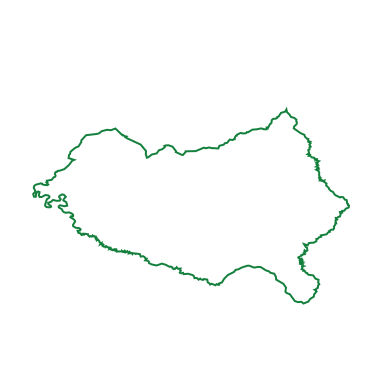 outline of Santander De Quilichao, Cauca, Colombia, rotated 278°
{"feature_id": "7082276B54402931041417", "entity_name": "Santander De Quilichao", "entity_type": "district", "adm_level": 2, "iso_a3": "COL", "parent_name": "Colombia", "parent_adm1": "Cauca", "projection": "equal_earth", "projection_center": [-76.497, 2.997], "detail": "fine", "context": "isolated", "style": "outline", "palette": "green", "viewbox_px": 384, "rotation_deg": 278, "n_neighbors": 0, "source": "geoboundaries", "source_scale": "gbopen_adm2", "svg_char_len": 6047}
<svg xmlns="http://www.w3.org/2000/svg" viewBox="0 0 384 384"><g transform="rotate(278 192 192)"><path d="M97.1,317.9L99.6,322.4L102.4,323.8L105.4,327.2L107.4,327.1L110.8,329.2L112.2,327.2L112.5,328.5L113.5,328.5L114.7,330.0L116.9,329.8L118.4,330.9L119.8,329.6L122.7,329.5L123.4,326.2L126.3,323.7L126.3,318.9L127.1,317.5L127.7,317.4L128.1,315.7L129.6,314.5L129.5,313.1L130.4,313.2L130.9,311.3L131.8,311.8L133.1,311.4L134.1,313.0L134.3,311.6L135.2,311.8L135.7,309.8L136.5,310.9L136.5,308.0L137.9,310.8L138.1,308.7L138.7,308.4L139.0,310.7L139.8,311.0L141.3,309.9L140.4,308.5L141.5,306.6L142.1,306.4L143.6,308.6L144.8,309.1L144.7,309.8L145.6,310.5L146.1,312.1L147.0,311.3L147.5,312.4L148.6,311.5L149.9,311.6L149.1,312.9L150.1,314.4L152.8,313.7L153.4,312.3L156.0,310.2L155.3,314.0L157.8,314.9L158.8,319.7L160.6,322.0L162.8,321.7L163.1,323.0L164.8,324.1L165.7,326.2L167.0,325.6L168.8,331.1L170.8,332.3L171.8,334.0L172.5,333.3L174.1,335.2L174.4,337.1L176.0,337.8L177.5,337.3L179.5,338.4L181.0,338.3L181.1,339.1L183.5,338.1L184.8,339.4L185.2,338.2L186.3,338.0L186.3,339.1L187.6,340.2L188.3,341.9L190.9,342.3L191.8,341.7L192.2,342.9L192.9,342.0L193.2,343.5L194.1,343.3L194.6,345.3L196.8,346.6L198.5,349.3L200.5,349.3L200.8,348.2L201.9,348.1L202.3,347.2L205.5,346.3L205.8,344.3L207.8,342.5L207.9,340.4L207.2,339.3L209.0,334.0L211.8,331.5L212.4,329.3L214.2,327.1L215.0,327.0L217.2,323.9L219.1,324.0L220.6,321.2L221.8,321.5L220.9,319.5L221.5,319.0L221.3,317.4L222.2,318.0L222.3,316.5L223.3,316.2L223.9,317.0L224.3,315.9L225.1,316.3L226.3,315.5L228.9,315.3L230.6,314.3L230.9,313.0L231.8,313.8L231.8,312.8L232.5,313.9L232.9,313.0L233.6,313.8L234.5,312.8L234.5,311.7L235.3,312.6L236.5,311.7L236.6,312.8L238.0,311.5L237.8,312.3L239.4,312.4L240.2,313.3L240.4,311.6L241.9,311.3L241.9,310.7L241.0,310.8L241.0,309.3L242.9,308.3L243.0,305.8L244.2,304.0L244.1,302.8L245.2,303.5L245.5,301.2L246.9,302.6L249.6,301.3L250.5,302.5L252.7,302.1L253.4,303.2L255.1,301.7L256.8,302.6L257.7,300.7L258.3,301.7L258.7,300.0L260.7,299.8L260.7,298.5L262.5,296.2L264.3,295.3L265.4,291.3L269.2,283.9L271.0,284.0L273.7,286.1L275.5,286.2L276.8,285.3L278.1,285.4L279.6,283.0L280.1,279.5L282.1,277.9L284.4,274.9L286.9,274.0L284.5,273.0L282.7,269.1L278.9,267.3L278.1,266.0L277.5,266.2L276.4,265.0L275.7,262.2L274.3,261.0L271.2,261.0L269.9,259.7L264.7,257.9L266.5,257.6L266.3,256.9L264.5,257.1L264.1,254.3L264.6,252.6L264.4,250.9L263.1,247.5L262.2,243.2L258.9,239.1L259.0,238.1L257.7,237.2L257.1,234.7L257.2,231.8L255.0,228.6L254.1,228.5L254.0,227.8L252.4,227.0L250.2,226.9L250.2,226.1L249.2,225.1L249.1,222.0L245.6,220.0L244.9,217.8L243.2,216.7L241.6,212.7L238.8,212.0L238.2,205.0L238.5,202.8L237.2,199.4L237.6,197.8L233.0,189.9L231.4,180.0L230.5,180.0L227.4,177.8L227.3,177.0L229.3,170.4L230.2,170.5L234.2,166.4L235.0,162.3L234.5,159.5L233.8,158.4L233.5,159.0L232.4,158.7L230.1,156.4L228.8,153.5L225.3,151.7L223.6,147.1L220.2,143.7L219.7,142.5L223.0,141.0L226.2,140.7L231.8,134.6L236.2,120.1L236.9,118.6L237.8,119.4L237.9,117.6L238.9,115.5L238.5,115.2L244.2,107.3L241.9,103.1L241.8,99.3L239.7,94.2L237.1,91.7L236.2,89.5L233.5,79.2L227.7,75.2L226.0,75.4L221.4,73.3L219.5,70.2L215.0,66.1L212.6,65.9L211.6,65.1L208.4,65.1L207.4,70.8L206.3,69.0L201.6,66.4L196.8,62.3L194.4,57.3L194.2,56.0L193.1,55.4L192.7,54.1L190.9,53.7L189.0,54.7L187.9,54.2L187.3,53.0L184.5,51.3L183.0,46.7L181.6,47.4L181.2,46.5L179.4,48.6L178.6,47.8L178.5,43.9L178.8,42.6L179.4,42.4L179.5,41.1L177.5,36.3L176.3,35.0L174.2,34.7L170.8,36.9L167.8,35.0L165.3,36.2L165.6,38.0L168.4,37.8L170.4,38.7L171.1,39.7L170.6,41.1L167.5,40.7L165.9,41.8L166.1,43.8L168.6,47.2L168.6,50.2L167.7,51.5L166.4,51.3L164.7,49.3L159.7,48.4L158.0,48.4L156.8,50.1L157.0,53.4L157.8,54.5L158.7,54.1L159.9,51.5L161.2,51.0L162.6,53.6L164.8,55.5L164.4,59.1L165.0,62.2L166.5,63.0L168.5,61.1L169.8,61.3L171.6,63.9L171.4,65.5L169.7,67.7L166.9,65.9L165.7,65.8L164.5,68.9L161.1,70.3L160.1,67.5L160.5,63.1L159.3,62.0L158.2,62.2L156.8,65.6L155.1,66.6L154.1,68.3L153.9,70.0L154.7,73.3L153.8,76.3L152.8,77.5L151.5,77.6L151.0,75.4L150.1,75.1L148.2,79.2L146.6,80.4L142.8,78.7L141.5,79.2L140.4,81.9L140.5,85.4L139.6,86.9L138.1,86.3L137.7,84.1L135.7,85.2L135.6,86.9L134.0,88.7L134.4,89.5L135.4,89.4L135.6,90.5L134.9,91.1L135.7,91.6L135.7,94.9L134.6,95.3L133.5,96.9L134.2,97.6L133.9,98.9L135.1,99.6L134.3,100.4L134.8,101.1L134.1,102.1L134.5,103.0L133.6,103.7L133.0,103.2L132.3,104.6L131.8,103.6L131.0,104.2L131.7,104.6L130.6,106.9L129.5,107.4L128.9,108.7L127.7,108.4L128.6,109.4L127.5,109.2L127.2,110.1L128.2,110.2L127.8,111.2L127.1,110.4L126.7,111.2L125.1,111.1L125.9,111.5L125.6,112.5L126.3,114.0L125.4,114.2L126.1,115.3L125.1,117.0L125.6,117.8L125.5,118.9L124.0,118.3L124.5,119.5L124.0,120.5L123.5,120.4L123.3,121.5L123.6,122.1L124.4,121.4L123.5,123.0L124.6,123.4L124.7,124.7L123.4,124.5L122.7,125.3L123.5,125.7L122.7,126.3L123.3,130.6L124.0,130.7L123.2,131.7L123.7,132.4L123.0,132.3L122.9,134.1L124.2,134.1L123.4,135.4L124.3,136.2L123.3,137.1L123.8,137.9L122.6,137.9L123.5,138.9L122.7,139.4L123.3,141.1L122.3,141.7L123.0,142.1L123.3,143.6L122.8,144.9L123.3,145.2L123.2,149.1L120.9,150.2L121.6,152.5L121.0,154.0L119.8,155.1L119.7,156.3L117.8,155.2L117.8,157.7L117.1,158.9L115.6,159.4L114.7,162.1L114.3,167.1L116.9,172.2L116.3,176.0L114.8,180.2L115.2,181.1L114.7,183.0L113.7,183.3L113.1,184.8L113.6,186.0L114.4,186.2L114.5,187.3L115.2,187.4L114.0,189.0L114.6,191.3L113.2,191.1L112.5,191.9L110.5,191.1L110.1,191.6L110.0,193.0L110.7,194.5L109.5,195.2L110.5,199.5L109.9,203.8L109.3,205.3L107.0,206.5L107.6,208.7L106.1,210.7L107.4,212.1L106.6,213.5L106.5,215.2L107.4,215.7L107.4,219.3L104.7,220.2L103.6,222.5L102.9,222.9L103.9,224.2L102.9,228.2L104.2,229.2L103.7,230.8L104.0,231.8L105.1,231.4L106.6,234.2L110.5,235.9L114.8,239.1L118.6,244.6L121.0,246.1L121.9,248.7L124.2,251.9L126.7,257.1L127.0,258.7L125.8,264.0L127.1,268.2L127.2,270.5L124.6,276.3L124.1,279.4L123.0,280.6L122.5,284.9L119.4,287.0L117.0,287.5L113.8,295.3L110.4,298.4L106.2,298.4L105.2,299.7L104.3,303.2L98.3,309.0L97.7,312.3L98.5,315.6L97.1,317.9Z" fill="none" stroke="#15803d" stroke-width="2"/></g></svg>